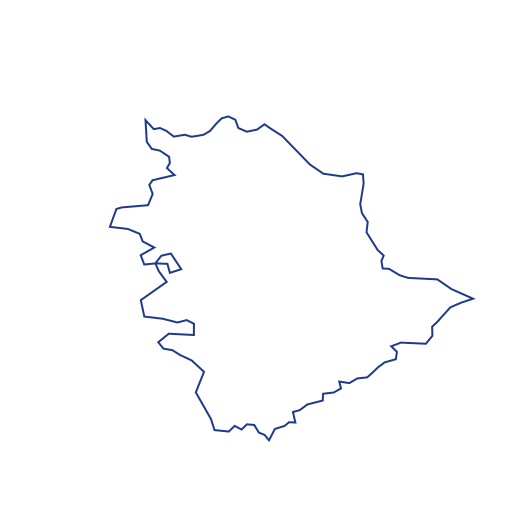 the district of Mormaço, Rio Grande do Sul, Brazil, rotated 321°
{"feature_id": "56859067B79985945955157", "entity_name": "Mormaço", "entity_type": "district", "adm_level": 2, "iso_a3": "BRA", "parent_name": "Brazil", "parent_adm1": "Rio Grande do Sul", "projection": "robinson", "projection_center": [-52.668, -28.683], "detail": "fine", "context": "isolated", "style": "outline", "palette": "blue", "viewbox_px": 512, "rotation_deg": 321, "n_neighbors": 0, "source": "geoboundaries", "source_scale": "gbopen_adm2", "svg_char_len": 1651}
<svg xmlns="http://www.w3.org/2000/svg" viewBox="0 0 512 512"><g transform="rotate(321 256 256)"><path d="M135.6,381.8L143.0,381.1L148.3,386.2L147.1,395.0L150.1,400.5L150.1,407.4L161.8,402.3L171.2,406.0L177.1,406.0L181.8,410.2L186.5,400.5L193.0,403.3L202.5,403.7L216.9,410.3L221.5,405.3L230.5,411.0L238.7,412.4L241.7,406.0L248.5,413.5L257.7,414.9L266.0,420.3L272.4,420.0L281.0,419.3L288.9,419.6L299.7,424.2L305.2,419.2L304.3,411.3L314.1,414.5L332.8,431.1L342.9,429.0L348.4,421.8L354.6,421.4L374.8,418.2L386.2,421.4L397.8,425.8L387.1,404.8L382.2,388.3L360.4,368.7L355.5,361.3L351.3,349.7L346.6,345.4L350.3,338.8L355.5,336.0L354.3,328.0L356.8,307.1L364.2,299.9L365.3,289.4L369.6,281.3L385.2,267.5L390.5,259.9L386.2,254.9L373.1,248.4L360.1,234.4L355.5,218.9L351.9,179.2L347.6,166.3L345.5,159.0L336.3,158.4L327.1,153.6L322.8,145.4L325.7,137.1L322.4,130.2L316.1,127.4L308.7,128.1L298.9,129.9L291.7,128.8L286.5,126.0L281.0,122.8L277.0,117.0L267.3,111.5L265.0,102.1L261.9,96.1L256.4,93.1L255.6,80.9L243.0,98.5L242.4,107.2L247.6,113.6L250.9,124.2L247.6,129.5L242.1,131.6L243.6,141.8L223.3,132.0L217.8,133.6L214.7,142.8L204.1,148.6L182.3,133.8L177.1,131.6L160.8,141.4L173.4,154.3L179.6,165.6L177.1,173.4L182.3,185.4L166.9,182.8L163.8,192.3L173.1,198.4L170.9,206.7L170.3,219.9L138.7,217.8L131.1,232.8L143.9,245.9L153.1,258.2L161.8,262.2L165.1,269.6L158.0,278.3L139.3,261.5L125.8,261.5L125.8,269.8L131.7,276.5L134.7,285.2L140.3,296.7L142.7,313.3L123.4,324.1L118.4,354.4L114.2,365.2L124.4,375.3L132.5,374.6L135.6,381.8ZM173.1,198.4L182.6,196.2L191.4,200.5L189.6,219.2L178.5,214.9L182.2,206.3L173.1,198.4Z" fill="none" stroke="#1e3a8a" stroke-width="2"/></g></svg>